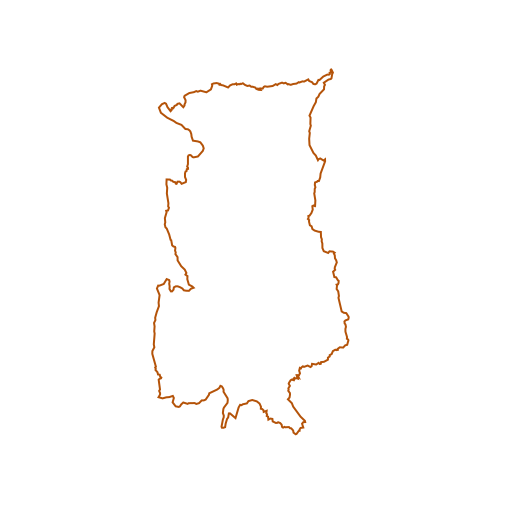 Mawlaik, Sagaing, Myanmar (orthographic projection), rotated 334°
{"feature_id": "60261553B47097675193132", "entity_name": "Mawlaik", "entity_type": "district", "adm_level": 2, "iso_a3": "MMR", "parent_name": "Myanmar", "parent_adm1": "Sagaing", "projection": "orthographic", "projection_center": [94.742, 23.948], "detail": "fine", "context": "isolated", "style": "outline", "palette": "amber", "viewbox_px": 512, "rotation_deg": 334, "n_neighbors": 0, "source": "geoboundaries", "source_scale": "gbopen_adm2", "svg_char_len": 6112}
<svg xmlns="http://www.w3.org/2000/svg" viewBox="0 0 512 512"><g transform="rotate(334 256 256)"><path d="M209.2,148.0L206.9,152.3L206.1,155.8L203.3,160.7L200.4,170.2L198.8,172.9L198.9,174.5L196.9,176.5L195.1,176.0L194.8,177.5L190.7,182.0L189.2,186.0L187.9,187.5L187.2,190.5L187.8,192.2L187.4,198.6L186.3,204.1L186.7,204.7L185.3,209.7L186.0,211.3L187.2,212.3L187.1,213.4L185.6,215.7L185.4,217.6L184.4,219.0L185.0,222.6L183.6,225.6L184.3,232.4L186.0,237.0L186.0,240.7L184.4,241.8L185.6,244.0L184.1,246.7L183.1,252.3L185.4,255.5L186.0,257.2L183.1,256.9L180.5,257.9L178.0,256.6L176.1,255.2L175.6,253.0L174.1,250.8L172.4,249.0L170.6,248.1L168.4,248.2L167.1,250.1L165.0,251.0L164.0,250.5L163.8,247.7L165.1,245.4L165.8,242.9L167.1,241.1L167.4,239.6L165.6,237.6L160.8,240.7L156.1,240.3L155.1,239.7L152.7,241.8L152.2,248.9L148.0,255.2L146.8,258.5L142.1,263.0L138.3,267.3L137.5,269.5L135.0,271.5L134.0,274.8L131.5,279.1L130.9,281.3L125.4,290.6L124.6,293.5L121.2,296.0L119.9,298.5L117.5,311.6L116.5,312.0L116.5,313.3L115.7,314.4L116.5,317.3L116.0,319.5L117.4,320.5L117.0,322.4L117.6,323.8L117.0,324.3L115.5,324.1L114.3,324.5L111.2,333.9L109.8,334.8L109.7,337.2L109.0,338.5L106.5,340.2L109.6,343.0L113.4,343.7L116.2,344.8L119.9,345.3L119.9,347.6L116.9,351.0L117.9,355.9L120.4,357.8L121.7,357.8L123.7,356.6L126.4,355.8L129.7,358.9L131.0,358.8L136.4,361.3L137.5,362.8L140.3,363.3L143.9,362.0L145.8,362.9L147.8,363.0L152.9,360.1L153.8,358.9L162.5,359.0L165.2,358.5L167.1,357.1L168.1,358.2L168.4,360.7L168.2,362.2L167.3,363.8L168.1,371.4L167.5,373.1L166.0,375.5L160.7,378.2L159.6,379.2L157.4,382.6L157.1,385.3L156.2,386.9L154.6,388.4L150.2,394.3L150.1,395.4L151.4,396.1L153.2,396.3L155.3,393.3L158.5,389.8L160.2,388.9L162.6,385.6L163.6,386.0L166.5,392.7L174.0,384.5L176.5,382.8L177.5,383.7L179.2,383.5L183.2,384.5L185.6,383.1L189.5,383.8L193.0,387.0L194.5,390.2L194.4,393.6L193.4,395.4L194.5,396.3L195.1,398.0L194.6,399.5L197.7,399.8L196.3,401.9L196.6,403.1L195.5,404.5L196.4,405.7L195.4,408.5L197.6,408.4L199.3,409.6L198.5,412.0L200.7,414.8L202.1,415.3L203.0,415.1L204.5,416.7L205.1,418.8L204.5,420.9L204.8,421.8L205.4,422.2L206.6,422.0L207.3,422.8L210.6,424.2L211.1,425.7L212.1,426.3L212.9,429.1L212.3,431.2L213.5,433.6L214.4,433.7L217.6,432.0L218.6,432.2L219.0,431.1L220.7,430.1L223.3,430.9L223.9,426.9L225.7,426.1L227.4,426.8L227.7,425.6L225.6,419.9L223.4,407.7L223.7,404.0L221.9,398.8L224.1,397.9L225.8,395.5L226.4,394.1L225.9,391.3L226.7,390.5L227.1,389.1L229.5,387.6L229.4,385.1L230.3,384.3L232.6,382.9L233.8,382.7L235.6,384.3L236.8,383.3L235.8,382.8L237.1,382.3L237.7,383.3L238.9,383.6L239.8,384.5L240.1,382.1L241.1,383.7L241.1,381.3L242.4,382.0L244.1,380.7L244.5,378.0L246.2,376.0L246.5,376.7L247.1,376.8L247.4,376.2L249.8,375.7L250.5,376.7L254.4,377.1L256.3,379.7L257.7,379.4L259.1,377.5L262.5,379.9L265.5,379.5L265.9,381.0L266.9,381.3L268.0,379.9L270.7,380.9L275.2,380.7L276.1,378.9L278.2,378.6L278.8,377.4L281.0,377.3L283.4,375.2L286.2,375.0L287.1,375.9L288.4,376.2L288.6,375.3L291.3,374.8L294.2,376.5L297.1,375.4L299.0,375.8L302.0,372.4L302.2,371.5L301.4,370.2L302.3,368.7L303.2,363.3L304.4,360.7L305.8,359.1L306.4,356.7L306.1,355.5L306.8,353.6L308.2,353.1L311.1,353.4L312.2,352.2L312.6,351.1L312.1,346.9L310.0,345.5L308.7,343.4L311.8,329.7L313.0,328.3L314.4,323.8L314.0,321.0L315.9,318.0L315.9,317.1L317.2,317.4L318.3,316.5L319.4,314.6L318.9,313.5L318.7,310.3L317.2,309.3L318.4,303.9L321.1,303.1L321.2,301.8L322.0,300.6L325.8,297.2L326.2,295.0L326.0,292.7L327.1,289.9L327.1,287.8L328.1,287.5L327.1,285.8L324.1,284.0L322.2,284.9L319.0,281.4L319.2,277.9L321.1,273.9L321.5,271.5L322.5,269.8L322.7,267.6L324.8,262.8L322.8,261.6L319.8,258.8L318.5,256.5L319.0,253.7L317.9,252.0L318.7,248.4L319.5,247.0L318.9,245.5L319.9,244.9L320.6,243.0L321.8,243.2L324.6,241.7L327.3,239.2L328.5,235.9L329.8,235.8L330.4,236.6L331.0,236.2L331.2,236.6L333.7,232.1L335.8,225.2L336.8,224.2L338.2,221.4L339.5,220.3L340.0,217.9L341.3,215.8L343.7,216.0L344.3,215.6L345.4,216.2L348.1,213.6L350.2,210.2L359.6,201.2L360.4,199.4L358.6,199.8L356.5,196.5L354.7,196.4L353.7,197.0L353.8,191.9L352.8,188.6L352.7,179.8L355.2,173.9L358.3,169.0L358.5,167.2L362.4,162.9L362.7,161.2L365.7,155.5L365.6,153.3L373.6,146.5L377.2,144.0L379.4,140.9L381.8,140.2L384.2,138.2L390.2,136.0L391.6,133.4L393.0,132.4L392.9,130.0L398.5,129.2L400.8,129.7L401.7,129.4L404.2,125.9L405.5,124.9L405.5,121.7L405.4,121.3L404.9,121.3L404.3,122.1L404.3,123.5L403.5,123.9L402.5,123.6L402.0,124.9L401.0,125.0L399.6,124.2L395.1,124.2L390.1,125.7L389.3,125.1L386.0,127.6L384.4,127.6L383.0,126.5L382.6,124.4L380.5,122.0L380.4,120.2L375.7,120.3L374.3,119.4L371.1,119.1L370.6,118.5L368.0,118.8L364.8,117.7L362.3,117.4L360.3,115.6L359.8,115.7L358.5,113.3L356.6,113.0L355.4,111.6L351.6,111.2L350.1,111.7L349.1,110.2L345.5,110.5L340.3,108.8L338.4,107.4L337.2,107.4L335.3,108.5L333.1,107.1L332.5,107.2L332.8,108.7L331.4,107.9L331.1,106.6L330.5,107.0L329.5,105.9L329.3,104.4L327.1,102.3L325.9,101.8L325.0,100.0L322.8,99.4L321.1,97.4L319.9,95.0L317.8,94.9L317.4,94.3L316.1,94.3L315.3,93.6L313.8,93.6L313.8,92.2L311.9,92.2L310.2,91.4L307.5,91.3L304.8,92.3L301.2,88.2L299.5,87.0L299.2,85.7L298.2,85.9L298.2,84.8L296.4,83.3L293.4,82.3L291.7,82.3L291.3,83.8L288.5,86.5L283.2,87.1L278.6,83.1L275.7,82.8L274.6,81.6L272.0,81.5L267.5,80.3L262.1,80.7L261.0,81.7L261.0,85.1L260.0,87.0L258.1,88.5L257.7,89.4L255.9,90.4L254.2,85.3L252.1,84.8L251.0,85.5L248.6,85.4L247.0,86.6L245.7,86.2L245.7,87.0L244.3,87.0L244.1,87.8L242.7,88.4L241.7,83.4L241.9,79.7L241.0,78.4L238.0,78.3L233.8,80.1L233.3,85.6L236.9,92.9L241.3,98.7L242.8,101.5L246.5,105.5L248.2,110.9L250.4,112.3L251.3,114.0L251.6,115.3L251.3,118.0L250.4,120.6L249.9,124.7L253.9,127.5L255.8,129.4L256.6,133.5L256.2,136.3L254.3,138.2L247.4,141.1L243.2,140.0L242.4,139.3L241.6,136.9L240.9,136.2L239.5,136.0L238.4,136.8L235.1,143.6L233.3,145.5L233.6,146.7L233.1,147.9L231.9,147.6L230.8,149.2L229.7,149.2L228.4,150.6L226.8,153.9L226.6,157.0L225.3,158.8L220.8,158.5L220.4,156.5L219.6,155.5L218.1,154.8L216.2,156.3L215.6,155.8L215.8,154.3L214.2,153.1L213.6,151.5L212.5,150.7L212.2,149.6L209.2,148.0Z" fill="none" stroke="#b45309" stroke-width="2"/></g></svg>